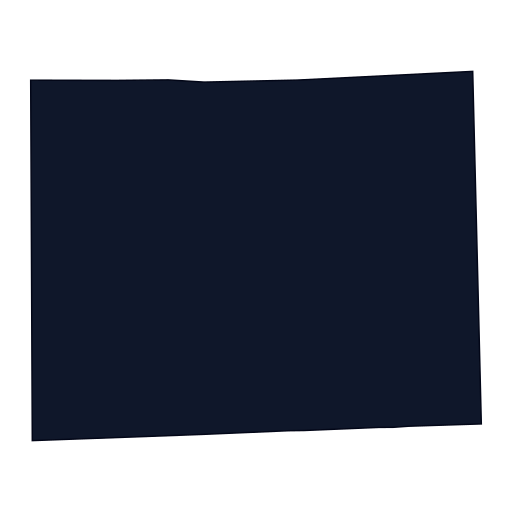 the district of Lenawee, Michigan, United States of America
{"feature_id": "52423323B88893072564030", "entity_name": "Lenawee", "entity_type": "district", "adm_level": 2, "iso_a3": "USA", "parent_name": "United States of America", "parent_adm1": "Michigan", "projection": "equal_earth", "projection_center": [-84.024, 41.895], "detail": "fine", "context": "isolated", "style": "filled", "palette": "ink", "viewbox_px": 512, "rotation_deg": 0, "n_neighbors": 0, "source": "geoboundaries", "source_scale": "gbopen_adm2", "svg_char_len": 316}
<svg xmlns="http://www.w3.org/2000/svg" viewBox="0 0 512 512"><path d="M393.2,427.3L408.8,426.2L481.3,423.9L472.7,71.4L297.1,80.1L204.2,82.1L168.3,79.9L117.5,80.4L30.7,80.2L32.3,440.6L202.2,434.4L288.7,430.7L304.1,430.5L378.6,427.4L393.0,427.3L393.2,427.3Z" fill="#0f172a" stroke="#020617" stroke-width="1.5"/></svg>